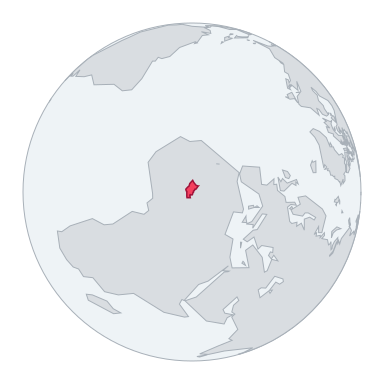 the Earth from above Kidal, rotated 90°
{"feature_id": "MLI-2689", "entity_name": "Kidal", "entity_type": "Region", "adm_level": 1, "iso_a3": "MLI", "parent_name": "Mali", "parent_adm1": "", "projection": "orthographic", "projection_center": [2.188, 19.739], "detail": "fine", "context": "on_globe", "style": "filled", "palette": "rose", "viewbox_px": 384, "rotation_deg": 90, "n_neighbors": 0, "source": "natural_earth", "source_scale": "10m", "svg_char_len": 9723}
<svg xmlns="http://www.w3.org/2000/svg" viewBox="0 0 384 384"><g transform="rotate(90 192 192)"><circle cx="192" cy="192" r="169" fill="#eef3f6" stroke="#a8b0b8"/><path d="M177.0,23.7L172.4,24.3L151.8,28.2L149.0,29.8L131.4,37.3L134.3,36.7L129.6,39.8L131.2,40.4L127.5,42.1L132.0,41.2L135.1,39.5L138.1,38.7L139.4,39.1L134.9,41.1L133.6,41.3L132.9,42.1L130.1,43.1L132.2,42.8L126.5,45.6L133.9,43.5L130.9,46.2L126.7,48.0L124.8,46.9L110.3,49.9L105.5,52.2L100.5,56.1L95.9,64.6L91.5,67.9L87.2,73.0L90.6,71.3L95.2,66.8L100.6,65.5L105.6,60.7L108.6,59.7L114.6,55.6L116.1,57.4L114.3,61.5L109.4,65.1L108.5,67.2L115.2,64.9L107.8,73.5L106.4,82.7L104.2,85.1L96.4,86.8L91.4,83.1L81.3,87.3L90.3,86.0L84.7,92.8L84.8,94.7L86.6,95.4L89.6,93.5L88.2,96.4L78.8,98.2L79.9,95.6L82.9,94.9L80.5,93.5L74.1,95.7L71.8,99.4L64.6,100.2L62.9,103.1L60.3,105.2L63.6,100.4L57.6,109.3L48.8,114.5L40.4,130.9L46.0,116.2L46.3,112.7L46.0,110.6L44.5,113.1L46.1,108.0L44.1,110.4L41.5,115.2L47.4,104.6L54.1,94.4L61.5,84.7L69.6,75.6L78.3,67.0L87.6,59.2L97.4,52.0L107.8,45.5L118.5,39.8L129.7,34.9L141.2,30.9L152.9,27.6L164.9,25.2L177.0,23.7ZM33.3,134.0L32.4,137.2L34.4,132.7L34.9,134.3L29.5,147.4L29.5,154.3L26.6,165.3L25.9,172.6L27.1,173.5L28.0,178.9L30.4,173.9L33.4,173.2L31.7,182.6L34.8,175.6L35.5,181.7L42.7,186.9L41.7,188.7L47.5,204.4L56.5,214.2L58.6,222.2L57.3,225.8L61.1,228.7L61.1,231.5L78.7,242.2L89.8,252.3L90.8,261.7L84.3,270.0L84.8,290.0L74.9,292.3L76.7,299.8L76.4,308.2L69.8,304.0L76.2,311.0L76.2,312.8L73.2,310.8L76.5,314.6L74.5,313.1L78.6,316.9L80.8,319.2L69.6,308.4L59.4,296.7L55.2,290.8L40.5,262.0L37.3,254.8L32.0,243.5L25.1,215.5L24.9,207.3L24.3,201.8L26.3,191.9L27.2,178.4L26.8,175.4L25.6,178.8L25.7,166.7L27.6,155.7L29.8,144.6L33.3,134.0ZM37.8,136.2L38.0,149.5L35.5,147.4L36.4,146.5L36.9,141.8L36.9,136.3L35.4,135.3L37.8,136.2ZM43.2,129.7L43.0,128.1L43.5,129.0L43.2,129.7ZM113.4,55.0L114.0,55.3L112.5,55.9L113.4,55.0ZM115.5,53.1L113.4,53.6L114.0,52.8L115.3,52.5L115.5,53.1ZM117.9,52.8L115.5,51.3L116.7,49.9L122.6,47.8L117.9,52.8ZM135.6,38.9L132.3,40.6L133.8,39.0L135.6,38.9ZM135.8,38.1L136.2,35.0L141.6,33.0L140.4,34.2L146.5,31.7L148.9,32.1L146.1,33.7L142.1,34.8L146.1,34.2L135.8,38.1ZM192.9,23.1L193.9,23.1L191.8,23.1L192.9,23.1ZM139.5,38.3L139.1,37.7L143.7,35.8L145.4,36.7L143.4,37.0L139.5,38.3ZM146.9,30.9L150.6,29.9L153.7,29.9L155.5,29.6L149.4,32.0L146.9,30.9ZM142.9,37.6L146.1,37.2L145.1,38.5L140.2,38.7L142.9,37.6ZM144.3,35.0L146.6,34.2L145.8,34.9L144.3,35.0ZM143.1,43.4L142.5,42.4L144.9,41.3L143.1,43.4ZM147.4,37.0L147.7,36.6L148.6,36.1L150.4,36.2L147.4,37.0ZM152.0,32.0L152.5,32.3L154.6,31.0L157.0,31.2L152.5,32.9L155.4,32.2L156.2,32.3L151.7,33.7L152.0,32.0ZM154.9,35.0L150.0,37.6L150.6,39.5L148.5,40.5L148.0,37.3L154.9,35.0ZM153.4,34.0L153.9,34.8L151.0,35.5L148.9,35.4L153.4,34.0ZM160.2,30.8L157.8,30.0L158.8,29.8L160.2,30.8ZM155.6,35.3L156.8,34.7L156.0,35.4L155.6,35.3ZM159.4,32.0L158.4,31.7L159.7,31.3L159.4,32.0ZM160.0,33.9L158.4,34.7L156.9,34.5L160.0,33.9ZM160.2,32.9L162.1,32.5L157.4,34.0L159.5,32.8L160.2,32.9ZM160.8,31.7L161.2,31.4L161.0,31.9L160.8,31.7ZM166.4,34.1L160.8,36.1L157.5,35.7L163.5,33.8L166.4,34.1ZM98.8,332.9L99.4,333.3L101.1,334.3L100.9,334.3L99.6,333.4L98.8,332.9ZM203.7,23.4L202.3,23.4L203.7,23.4ZM354.4,145.4L353.0,141.0L354.3,146.1L352.4,140.3L347.8,131.2L348.6,138.5L351.0,159.7L354.4,175.4L353.9,184.3L345.9,165.7L340.3,151.9L338.7,155.1L329.4,146.2L317.0,152.3L314.1,149.1L312.0,152.2L305.3,150.5L300.5,145.2L296.9,147.0L309.5,161.0L313.2,159.2L314.7,151.2L317.7,156.8L324.0,159.9L321.0,177.6L300.8,199.0L297.0,187.7L272.0,159.7L271.7,155.9L271.5,155.5L271.1,154.8L270.7,161.2L265.8,155.6L281.1,175.9L284.5,185.4L300.5,199.9L299.5,202.1L304.1,204.6L316.6,195.5L317.1,199.5L312.3,220.1L293.4,250.4L294.9,265.7L291.7,279.4L277.7,291.1L276.6,300.5L269.0,305.4L267.0,310.8L259.6,317.4L248.1,324.2L231.0,326.6L231.7,322.2L225.9,313.9L218.6,291.6L224.8,279.9L224.0,271.1L211.4,251.8L214.3,240.0L210.5,235.3L202.9,237.0L198.3,231.3L193.5,231.4L162.3,235.9L151.7,228.0L136.6,203.5L141.5,194.1L140.5,182.7L172.6,144.9L181.5,146.9L209.1,140.5L212.9,141.6L211.9,150.5L234.4,159.0L239.0,151.0L257.2,154.1L267.9,151.9L267.7,135.0L250.3,138.4L245.0,131.2L257.3,121.8L272.2,119.6L270.7,116.8L259.4,112.2L260.9,106.1L255.2,110.2L258.9,112.7L255.5,115.5L251.9,113.6L252.6,111.3L247.5,110.9L245.5,122.3L249.1,126.0L237.0,130.0L241.8,136.8L239.2,140.7L230.2,130.8L229.6,126.8L214.4,117.2L213.9,121.7L228.2,131.3L224.6,130.8L224.0,137.8L221.6,132.2L206.1,121.3L194.0,125.1L181.8,142.7L174.0,144.4L166.0,141.4L167.2,124.4L184.4,122.4L185.1,117.1L178.8,110.0L184.6,110.2L184.2,107.3L190.4,106.5L196.5,99.1L202.4,97.9L202.2,89.3L205.2,87.7L204.4,93.1L207.1,96.5L221.5,94.3L223.5,92.2L222.2,87.0L226.3,87.4L223.2,82.7L230.2,79.7L219.1,79.7L217.2,74.3L220.0,69.8L217.4,68.3L212.9,75.8L212.9,78.9L216.1,81.4L214.3,90.9L209.9,93.0L204.2,83.7L197.3,86.0L195.9,78.4L209.0,61.6L215.9,58.0L232.7,62.2L232.6,65.4L226.5,65.4L234.5,69.9L232.7,67.4L236.2,67.9L235.3,63.7L237.6,63.9L232.7,59.6L235.5,59.5L238.6,62.2L239.7,56.5L244.9,55.5L244.0,54.2L241.6,53.0L249.7,53.0L248.7,52.0L245.6,51.6L241.6,49.6L237.6,46.2L240.7,46.3L242.5,47.6L251.0,50.8L255.4,54.5L256.2,54.3L253.1,51.2L242.8,47.2L239.6,45.1L244.5,46.5L242.5,45.8L241.8,44.9L244.0,44.3L238.6,42.7L227.2,34.1L230.3,32.6L236.0,34.4L231.3,30.3L235.1,30.0L232.3,29.4L228.1,27.8L226.8,27.8L225.2,27.5L213.8,24.6L213.5,24.4L211.1,24.1L223.4,26.0L235.5,28.7L247.4,32.4L259.0,36.9L270.2,42.2L281.0,48.4L291.4,55.3L301.1,63.0L310.3,71.4L318.9,80.4L326.8,90.1L333.9,100.3L340.3,110.9L345.8,122.1L350.5,133.6L354.4,145.4ZM164.1,164.4L163.8,167.8L164.1,164.4ZM289.9,125.8L297.7,124.0L290.9,115.2L293.3,114.0L290.1,111.7L290.4,114.6L282.1,108.2L284.2,104.4L281.6,100.6L278.9,101.1L276.3,109.3L288.1,118.3L287.8,122.8L289.9,125.8ZM43.0,187.0L43.6,189.5L42.3,188.6L43.0,187.0ZM34.0,150.7L34.6,152.1L34.5,154.1L33.8,153.7L34.0,150.7ZM42.1,160.6L43.4,162.8L41.6,162.1L42.1,160.6ZM38.3,151.4L41.1,159.3L37.5,159.3L36.0,154.5L37.7,155.5L38.3,151.4ZM40.4,134.3L40.5,135.7L39.7,137.2L40.4,134.3ZM43.6,130.4L43.3,130.2L43.8,128.5L43.6,130.4ZM85.3,92.6L86.0,92.6L87.2,93.9L85.5,94.4L85.3,92.6ZM99.2,94.0L96.7,98.7L97.4,95.5L94.5,96.8L92.3,92.2L103.0,86.1L98.6,89.5L99.2,94.0ZM92.4,85.0L92.6,88.2L92.0,84.9L92.4,85.0ZM175.6,93.7L178.6,95.2L177.5,98.6L170.0,101.5L171.5,96.5L175.6,93.7ZM183.1,96.8L179.5,87.5L184.0,85.8L182.1,88.2L185.5,88.0L183.3,92.0L191.1,100.0L190.6,103.6L177.0,106.1L181.7,103.1L178.5,101.5L183.1,96.8ZM162.3,71.1L160.9,68.2L172.6,68.0L172.7,70.8L165.2,73.5L160.7,71.8L162.3,71.1ZM128.7,49.9L127.4,49.7L128.7,49.0L130.8,48.6L128.7,49.9ZM142.7,43.1L135.9,50.6L134.0,50.6L132.3,55.6L126.7,57.6L128.0,54.2L122.4,59.9L121.3,57.6L118.1,61.6L121.6,53.7L120.4,52.3L123.9,53.0L129.0,51.1L130.9,49.8L135.4,45.4L135.4,41.9L140.5,39.8L144.1,39.3L144.9,39.8L141.3,40.9L144.9,40.8L140.4,42.9L142.7,43.1ZM183.6,40.9L179.1,40.9L185.6,43.2L181.1,44.3L182.1,44.5L179.7,46.4L178.6,49.1L176.2,49.3L176.8,50.3L175.2,51.7L175.2,53.3L170.9,54.4L170.6,56.5L168.7,55.9L169.3,59.2L167.0,57.3L164.7,59.3L168.2,60.1L145.0,64.9L137.2,69.2L131.9,74.1L128.6,70.8L131.4,64.5L137.6,57.7L145.7,54.4L142.7,53.8L145.7,52.1L146.8,53.3L146.9,50.6L149.6,49.6L155.1,45.0L153.6,42.2L155.6,40.7L157.5,41.3L158.1,39.4L163.2,39.6L164.7,38.6L171.2,38.2L174.2,40.3L175.7,39.1L180.7,39.0L183.6,40.9ZM168.2,34.0L172.8,35.8L172.5,37.5L161.3,37.7L159.2,38.6L152.0,39.3L152.5,37.0L154.5,36.9L156.6,36.4L155.6,37.3L157.9,36.2L160.8,36.2L163.4,35.4L164.2,36.1L168.2,34.0ZM216.0,138.0L218.7,138.0L222.6,137.2L222.3,141.8L216.0,138.0ZM205.3,130.6L207.5,129.8L209.1,135.4L206.2,135.5L205.3,130.6ZM207.5,124.9L207.5,129.4L205.8,127.0L207.5,124.9ZM206.4,92.2L208.7,91.3L209.4,92.5L208.7,94.5L206.4,92.2ZM201.9,49.7L199.4,49.0L199.8,48.4L196.4,45.7L199.5,44.9L202.7,46.2L201.9,49.7ZM265.5,138.4L263.2,142.1L261.3,141.0L262.4,139.9L265.5,138.4ZM242.3,142.3L248.2,143.5L242.2,143.5L242.3,142.3ZM204.7,48.4L203.0,47.3L205.6,47.6L204.7,48.4ZM201.5,44.2L204.4,44.3L199.4,44.5L201.5,44.2ZM313.7,270.4L300.2,295.7L294.2,297.7L294.9,291.6L301.1,277.0L308.7,270.8L312.9,263.2L313.7,270.4ZM354.8,176.6L357.0,184.4L356.5,187.1L354.8,176.6ZM228.7,43.1L230.0,47.5L233.0,50.8L237.9,52.6L231.5,52.2L226.9,47.1L228.7,43.1ZM227.1,35.0L222.8,33.9L224.2,33.5L225.4,33.7L227.1,35.0ZM224.8,34.9L220.3,35.4L217.6,34.3L221.7,34.1L224.8,34.9ZM212.7,41.1L212.9,42.3L210.7,42.0L212.7,41.1ZM195.3,23.1L194.0,23.1L195.3,23.1ZM224.6,27.5L222.3,27.1L222.4,26.9L224.6,27.5ZM216.0,25.9L217.5,26.5L214.7,25.8L216.0,25.9ZM220.8,27.9L217.4,26.6L222.5,28.0L220.8,27.9Z" fill="#d9dde1" stroke="#a8b0b8" stroke-width="1"/><path d="M186.0,185.7L186.2,185.9L186.5,186.1L186.9,186.4L187.2,186.6L187.4,186.7L187.6,186.9L187.9,187.1L188.1,187.2L188.3,187.4L188.6,187.6L188.8,187.7L189.1,188.0L189.2,188.3L189.2,188.6L189.1,188.9L189.1,189.0L189.3,189.1L189.5,189.0L189.7,189.3L189.8,189.3L190.0,189.3L190.3,189.5L190.5,189.7L190.5,189.8L190.5,190.0L190.9,190.3L191.0,190.4L191.1,190.5L191.3,190.5L191.5,190.5L191.8,190.6L191.9,190.4L192.0,190.4L192.1,190.5L192.3,190.6L192.4,190.8L192.6,191.0L192.8,191.1L193.2,191.2L193.3,191.2L194.1,191.4L194.5,191.6L194.8,191.7L194.8,191.8L194.8,192.4L194.8,192.5L194.9,192.8L195.0,193.0L194.9,193.1L194.8,193.3L194.7,193.4L194.7,193.5L194.6,193.8L194.8,194.0L195.1,194.2L195.3,194.2L195.5,194.2L195.8,194.1L196.3,194.0L196.5,194.0L196.7,193.9L197.2,193.8L197.7,193.7L197.7,194.1L197.7,194.5L197.7,194.8L197.7,195.2L197.7,195.5L197.7,195.9L197.7,196.3L197.7,196.6L197.7,197.0L196.2,197.2L194.1,197.2L191.4,197.2L190.9,197.8L189.2,198.2L187.5,196.7L186.9,196.1L186.1,195.0L183.4,194.2L183.2,193.9L182.0,192.9L180.3,191.3L182.3,190.3L183.6,189.3L185.4,187.8L186.0,185.8L186.0,185.7L186.0,185.7Z" fill="#f43f5e" stroke="#9f1239" stroke-width="1.5"/></g></svg>